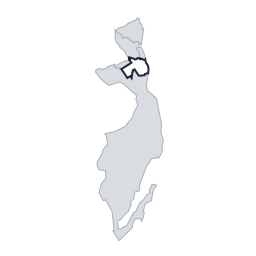 map of Guatemala with Mexico, Nicaragua, Honduras and 2 others greyed out, rotated 236°
{"feature_id": "GTM", "entity_name": "Guatemala", "entity_type": "country or territory", "adm_level": 0, "iso_a3": "GTM", "parent_name": "North America", "parent_adm1": "", "projection": "orthographic", "projection_center": [-90.227, 15.776], "detail": "fine", "context": "with_neighbors", "style": "outline", "palette": "slate", "viewbox_px": 256, "rotation_deg": 236, "n_neighbors": 5, "source": "natural_earth", "source_scale": "50m", "svg_char_len": 3921}
<svg xmlns="http://www.w3.org/2000/svg" viewBox="0 0 256 256"><g transform="rotate(236 128 128)"><path d="M39.7,57.5L51.2,57.9L50.5,59.0L67.3,68.0L81.1,69.3L81.5,66.9L90.2,67.6L96.7,74.7L98.8,81.3L101.3,83.3L105.5,85.4L109.3,80.8L113.6,81.0L117.0,83.5L120.9,91.4L123.8,94.9L126.0,102.1L133.9,105.6L136.1,105.5L132.4,115.1L130.9,126.2L134.3,137.5L137.9,142.1L141.3,148.8L147.4,150.6L149.7,153.2L167.4,148.9L171.1,146.4L174.0,135.9L183.9,132.8L192.5,132.4L193.9,133.7L193.8,136.6L190.7,140.3L189.4,144.1L190.5,145.2L188.3,152.6L186.8,151.1L184.4,151.3L182.4,155.0L181.3,154.3L180.7,155.5L169.8,155.4L169.7,158.9L167.1,158.9L173.0,164.1L172.9,166.2L165.3,166.2L162.4,171.2L163.2,172.3L162.4,175.6L152.7,166.8L147.9,165.1L136.8,168.2L112.3,157.9L106.3,152.9L97.4,150.1L95.2,147.1L89.4,143.2L87.0,139.2L85.9,136.1L87.8,135.6L87.4,133.8L88.8,132.3L89.1,130.2L85.7,121.7L74.7,106.1L70.5,103.2L69.7,101.6L71.1,98.0L66.1,93.1L65.5,88.8L62.8,88.0L58.6,81.4L58.7,79.6L56.1,70.1L56.7,67.8L53.7,65.1L52.0,65.2L49.7,63.2L48.4,65.5L48.0,72.9L53.2,82.0L53.4,84.2L54.4,84.2L54.6,88.1L59.3,95.5L60.1,101.2L62.2,107.0L62.0,110.2L64.5,110.7L67.9,116.5L65.0,119.6L64.1,119.5L63.2,115.7L60.2,111.9L54.5,106.7L55.3,102.3L55.1,99.0L50.0,93.8L49.2,94.5L45.4,90.9L43.1,87.1L45.5,87.3L47.8,85.3L48.6,82.6L45.6,77.9L43.1,76.0L39.7,57.5Z" fill="#d9dde1" stroke="#a8b0b8" stroke-width="1"/><path d="M214.0,197.2L212.5,198.5L207.8,196.5L206.4,197.3L202.5,195.8L201.6,196.6L189.7,185.6L190.3,184.6L191.3,185.5L193.6,184.8L195.2,183.3L195.1,180.3L197.7,180.1L199.0,178.5L200.7,179.7L204.5,176.4L205.8,173.7L208.7,174.7L214.3,172.1L216.3,172.1L215.6,174.1L216.2,176.3L214.4,181.0L214.8,188.0L213.9,188.7L213.9,192.9L212.7,194.5L214.0,197.2Z" fill="#d9dde1" stroke="#a8b0b8" stroke-width="1"/><path d="M216.3,172.1L214.3,172.1L208.7,174.7L205.8,173.7L204.5,176.4L200.7,179.7L199.0,178.5L197.7,180.1L195.1,180.3L195.2,183.3L191.8,185.1L190.7,183.2L188.9,182.7L189.3,180.2L188.5,179.5L184.6,179.9L179.5,176.3L180.7,174.8L180.7,172.4L188.1,167.4L194.0,168.0L199.3,166.4L202.6,167.0L205.3,166.3L209.0,167.2L216.3,172.1Z" fill="#d9dde1" stroke="#a8b0b8" stroke-width="1"/><path d="M179.5,176.3L184.6,179.9L187.2,179.1L189.3,180.2L188.2,184.1L182.6,183.5L176.8,181.9L175.1,180.6L178.4,177.4L178.1,176.7L179.5,176.3Z" fill="#d9dde1" stroke="#a8b0b8" stroke-width="1"/><path d="M180.2,167.3L181.3,154.3L182.4,155.0L184.4,151.3L186.7,152.1L185.3,163.3L182.0,167.3L180.2,167.3Z" fill="#d9dde1" stroke="#a8b0b8" stroke-width="1"/><path d="M162.3,175.5L162.5,175.4L162.6,175.0L162.8,174.6L162.7,174.2L162.6,173.9L162.8,173.4L162.8,173.0L162.9,172.7L163.2,172.6L163.3,172.3L162.6,171.3L162.6,171.0L162.7,170.8L163.3,169.7L164.0,168.4L164.9,167.0L165.4,166.2L167.2,166.2L168.3,166.2L169.8,166.2L171.5,166.2L172.6,166.2L173.0,166.2L172.9,165.6L173.0,165.0L173.2,164.5L173.2,164.2L172.9,163.9L172.2,163.8L171.9,163.5L171.9,163.2L171.7,162.7L171.4,162.3L170.8,161.8L169.9,161.3L169.1,160.6L168.4,159.8L167.9,159.2L167.4,159.0L167.3,158.9L168.6,158.9L169.8,158.9L169.8,157.7L169.8,156.6L169.8,155.4L172.0,155.5L174.6,155.5L177.2,155.5L179.3,155.4L180.5,155.4L180.5,156.9L180.4,158.7L180.4,159.9L180.3,161.6L180.3,163.4L180.2,165.7L180.2,167.3L180.9,167.2L181.9,167.3L182.2,167.3L182.5,167.4L182.8,167.5L183.3,167.8L183.9,168.1L184.3,167.5L184.1,167.2L183.9,167.0L184.0,166.9L186.1,168.2L185.9,168.5L185.3,169.0L184.4,169.8L183.5,170.5L182.6,171.2L181.8,171.8L181.7,171.9L180.7,172.3L180.6,172.5L180.4,173.4L180.3,173.6L180.5,174.1L180.6,174.8L180.6,175.2L179.9,175.7L179.6,176.1L179.5,176.4L179.3,176.3L179.1,176.3L178.6,176.4L178.4,176.4L178.2,176.5L178.2,176.8L178.3,177.2L178.4,177.5L178.2,177.6L177.6,177.8L177.4,178.1L177.2,178.5L176.9,178.6L176.6,178.6L176.4,178.7L176.0,179.0L175.4,179.5L175.0,180.0L175.0,180.3L175.1,180.6L172.8,179.6L172.0,179.4L168.8,179.4L167.4,179.0L165.9,178.2L164.8,177.5L162.3,175.5Z" fill="none" stroke="#1e293b" stroke-width="2"/></g></svg>